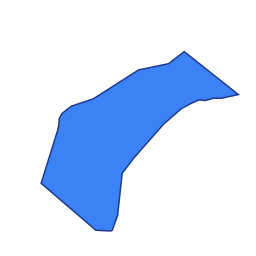 SVG path tracing the border of Šenčur, rotated 43°
{"feature_id": "SVN-985", "entity_name": "Šenčur", "entity_type": "Municipality", "adm_level": 1, "iso_a3": "SVN", "parent_name": "Slovenia", "parent_adm1": "", "projection": "orthographic", "projection_center": [14.43, 46.242], "detail": "fine", "context": "isolated", "style": "filled", "palette": "blue", "viewbox_px": 256, "rotation_deg": 43, "n_neighbors": 0, "source": "natural_earth", "source_scale": "10m", "svg_char_len": 452}
<svg xmlns="http://www.w3.org/2000/svg" viewBox="0 0 256 256"><g transform="rotate(43 128 128)"><path d="M117.0,33.8L185.9,28.3L175.9,42.7L170.1,48.0L165.8,55.2L160.9,58.9L157.5,66.6L153.8,77.5L151.4,101.1L152.7,145.8L154.6,165.0L180.0,199.0L186.2,213.5L185.6,215.1L174.2,224.7L102.2,227.7L77.9,177.2L74.9,172.5L71.3,167.9L69.8,162.3L71.7,150.6L82.7,130.4L96.2,78.1L113.8,53.3L117.0,33.8Z" fill="#3b82f6" stroke="#1e3a8a" stroke-width="1.5"/></g></svg>